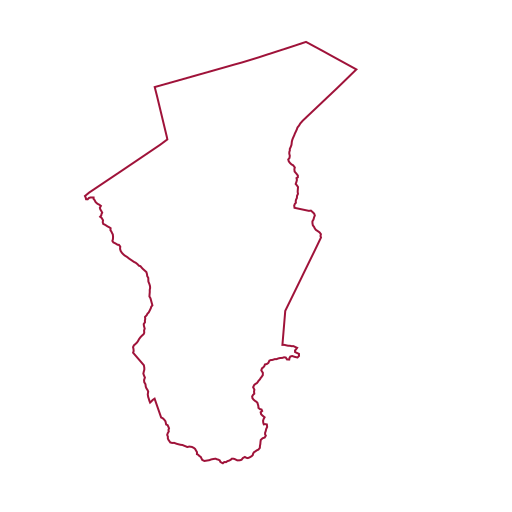 the district of Vitória da Conquista, Bahia, Brazil, rotated 344°
{"feature_id": "56859067B29313776642568", "entity_name": "Vitória da Conquista", "entity_type": "district", "adm_level": 2, "iso_a3": "BRA", "parent_name": "Brazil", "parent_adm1": "Bahia", "projection": "mercator", "projection_center": [-40.964, -15.074], "detail": "fine", "context": "isolated", "style": "outline", "palette": "rose", "viewbox_px": 512, "rotation_deg": 344, "n_neighbors": 0, "source": "geoboundaries", "source_scale": "gbopen_adm2", "svg_char_len": 4899}
<svg xmlns="http://www.w3.org/2000/svg" viewBox="0 0 512 512"><g transform="rotate(344 256 256)"><path d="M108.1,151.2L108.4,152.9L108.3,154.6L109.8,155.1L111.3,154.2L112.9,154.1L114.7,154.6L116.0,155.0L115.6,156.3L116.2,157.6L116.7,160.0L118.0,162.1L119.5,163.5L120.7,165.1L119.2,166.6L119.2,168.3L119.8,170.4L120.1,172.0L119.1,173.0L118.4,174.4L117.0,175.3L118.1,176.8L118.8,179.5L118.0,181.2L118.0,183.1L119.3,184.2L120.3,185.3L121.3,186.5L122.8,187.9L123.9,189.2L123.2,191.1L123.7,192.6L123.9,194.0L124.3,195.8L123.9,198.1L123.1,200.4L122.1,201.9L122.6,203.6L124.4,205.2L126.0,207.0L127.3,207.5L128.1,209.5L127.3,211.7L127.3,213.8L127.9,215.8L128.8,217.6L129.8,219.2L130.8,220.3L131.9,221.5L133.2,223.4L135.3,225.9L137.1,228.1L138.5,229.3L139.9,231.3L140.8,233.1L142.1,233.9L142.9,235.7L143.6,237.1L144.8,239.0L146.2,241.2L146.2,243.4L145.9,245.3L146.4,247.4L146.0,248.9L145.5,251.0L145.8,253.6L145.8,255.8L145.4,257.6L144.5,259.3L143.9,261.5L143.2,263.3L142.4,265.5L142.9,267.6L142.8,274.9L141.4,275.8L140.5,277.2L139.0,278.9L137.3,280.7L135.8,281.5L134.6,282.8L132.5,284.0L132.2,285.9L131.4,287.4L131.0,289.1L129.3,290.5L129.0,292.3L129.0,293.6L129.0,295.1L127.9,296.7L127.4,299.0L126.4,300.2L124.9,300.9L123.4,301.7L122.3,302.4L120.5,303.8L119.3,305.1L117.7,306.4L115.6,307.5L114.0,308.2L112.7,309.7L112.6,311.5L112.2,313.6L111.2,315.1L118.1,330.1L117.8,332.8L117.3,334.5L116.2,336.3L115.3,338.0L115.4,340.1L115.7,342.2L114.2,344.4L113.8,346.5L114.4,348.8L114.0,351.3L114.2,353.1L114.7,354.5L115.0,356.6L113.8,359.2L113.5,361.8L113.6,363.8L113.6,365.9L113.8,367.7L115.4,366.9L117.0,365.9L119.2,365.2L120.3,385.1L121.6,386.2L122.6,387.9L123.4,389.9L123.3,391.5L123.2,393.2L124.4,394.2L124.7,396.0L124.9,397.7L123.9,399.1L123.8,400.6L122.4,401.9L121.3,403.5L121.5,405.4L121.0,406.9L121.1,408.3L121.6,409.8L122.2,411.6L123.9,412.6L125.9,413.1L127.9,414.6L129.9,415.8L131.5,416.7L133.2,417.4L134.8,418.7L136.1,419.7L137.3,420.7L139.4,420.8L141.8,421.9L143.4,423.4L144.3,424.7L144.6,426.1L145.2,428.3L144.6,430.2L145.7,431.2L146.4,432.6L147.5,433.9L147.8,435.6L148.1,437.2L149.9,438.8L152.4,439.1L154.9,439.4L156.9,439.2L159.3,439.4L161.3,439.7L162.3,440.6L163.7,441.4L164.8,442.5L165.0,444.1L166.0,445.2L167.0,446.1L168.7,445.3L170.4,445.9L172.0,445.3L173.6,445.3L175.6,444.9L176.8,444.2L178.1,444.5L179.4,445.2L180.6,446.3L181.7,447.3L184.1,447.9L185.9,447.9L187.7,446.6L189.9,446.1L191.2,447.4L192.4,448.0L193.8,447.9L195.3,447.6L196.9,447.1L198.0,446.5L198.8,445.1L199.9,444.1L201.3,443.7L203.3,443.0L204.9,442.8L206.8,441.5L207.5,439.5L208.3,438.0L209.1,435.9L209.9,434.1L212.1,433.0L214.3,432.9L215.9,431.4L215.6,429.9L216.0,428.5L217.2,426.8L218.1,425.1L219.6,423.4L220.0,420.9L218.4,420.1L217.1,420.0L217.0,418.4L217.4,416.3L218.4,414.8L219.8,413.4L218.2,411.1L217.3,409.5L217.4,407.5L219.2,406.7L219.0,405.1L217.6,404.3L216.5,402.7L216.9,400.8L216.9,399.3L216.9,397.5L216.2,396.2L215.2,395.1L214.1,393.5L213.4,391.8L213.6,389.9L215.0,388.6L216.4,387.9L216.7,385.9L217.6,384.0L217.1,381.3L218.7,379.5L220.2,378.8L221.7,378.5L223.0,377.6L224.1,376.6L225.7,375.7L226.7,374.7L228.0,373.8L229.7,372.4L230.4,370.1L229.9,368.6L229.6,367.3L230.8,365.6L232.2,365.1L233.6,364.2L234.7,362.7L236.6,362.8L238.4,362.2L240.0,360.3L241.5,360.1L242.8,360.4L244.1,360.4L245.6,360.3L247.4,360.8L249.2,360.6L251.0,360.7L253.2,361.2L255.1,361.1L256.6,361.8L257.3,364.0L259.4,364.7L260.2,363.1L261.3,362.1L263.2,362.1L265.2,363.5L267.9,365.0L269.8,363.9L270.3,361.9L269.0,360.8L267.1,359.1L267.5,357.5L268.7,356.8L270.2,355.6L268.9,354.5L267.2,353.0L265.4,352.5L264.0,351.7L261.9,351.0L260.1,350.0L258.7,349.2L256.9,348.7L269.0,316.8L282.1,302.3L294.0,289.1L296.4,286.4L313.1,267.9L323.6,256.1L323.5,254.6L324.4,252.9L323.6,250.8L322.3,249.2L320.7,247.3L320.1,245.6L319.8,243.9L319.1,242.2L319.3,240.0L319.8,238.2L321.3,236.8L322.5,234.8L323.7,233.3L323.6,231.3L322.4,229.2L321.3,227.5L319.3,227.2L306.3,220.3L306.6,218.1L307.7,216.6L309.0,215.8L309.3,214.2L310.0,212.9L311.3,211.5L312.0,209.5L313.5,207.8L313.7,205.9L314.5,203.7L315.4,201.3L314.7,199.2L314.0,197.7L315.2,196.0L316.3,194.2L316.4,192.3L317.9,191.9L318.4,190.2L317.6,188.1L316.4,185.5L316.8,183.1L317.7,181.6L317.2,180.3L316.7,179.0L315.4,177.8L314.3,175.9L313.6,174.1L313.6,172.1L315.2,171.0L316.1,169.0L316.2,166.8L316.7,165.2L317.6,163.9L318.0,162.4L319.3,160.9L320.7,159.0L321.3,157.6L322.0,155.9L322.8,154.5L323.9,153.0L325.0,151.7L326.1,150.4L327.2,148.9L328.4,147.6L330.1,145.6L331.3,143.9L333.3,142.5L335.1,140.8L337.0,139.6L338.2,138.8L380.2,117.0L403.9,104.3L382.7,83.3L379.1,79.7L377.6,78.2L363.1,64.0L359.8,64.1L348.0,64.6L332.8,65.1L325.0,65.4L323.2,65.4L318.4,65.6L313.3,65.8L301.8,66.0L295.6,66.1L287.7,66.0L277.0,66.0L252.0,65.9L207.0,65.7L205.2,65.7L204.9,75.7L203.1,117.3L202.9,119.5L194.4,122.7L166.2,131.9L158.8,134.3L153.0,136.2L136.5,141.5L113.2,149.0L108.1,151.2Z" fill="none" stroke="#9f1239" stroke-width="2"/></g></svg>